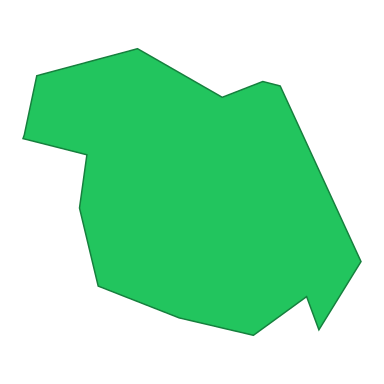 outline of Fredericksburg, Virginia, United States of America
{"feature_id": "52423323B55756815925715", "entity_name": "Fredericksburg", "entity_type": "district", "adm_level": 2, "iso_a3": "USA", "parent_name": "United States of America", "parent_adm1": "Virginia", "projection": "albers", "projection_center": [-77.495, 38.298], "detail": "fine", "context": "isolated", "style": "filled", "palette": "green", "viewbox_px": 384, "rotation_deg": 0, "n_neighbors": 0, "source": "geoboundaries", "source_scale": "gbopen_adm2", "svg_char_len": 312}
<svg xmlns="http://www.w3.org/2000/svg" viewBox="0 0 384 384"><path d="M24.3,134.9L23.0,138.6L86.9,154.8L79.5,208.0L98.2,286.1L179.2,317.9L253.4,335.3L306.6,296.6L318.9,329.8L361.0,261.6L280.2,86.0L262.8,81.5L222.2,97.3L137.5,48.7L36.8,75.7L24.3,134.9Z" fill="#22c55e" stroke="#15803d" stroke-width="1.5"/></svg>